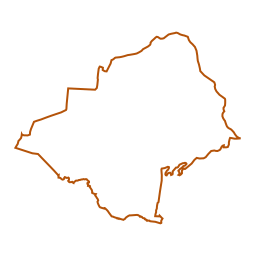 outline of Ramna, Caras-Severin, Romania
{"feature_id": "2599482B15960202705126", "entity_name": "Ramna", "entity_type": "district", "adm_level": 2, "iso_a3": "ROU", "parent_name": "Romania", "parent_adm1": "Caras-Severin", "projection": "robinson", "projection_center": [21.717, 45.465], "detail": "fine", "context": "isolated", "style": "outline", "palette": "amber", "viewbox_px": 256, "rotation_deg": 0, "n_neighbors": 0, "source": "geoboundaries", "source_scale": "gbopen_adm2", "svg_char_len": 5525}
<svg xmlns="http://www.w3.org/2000/svg" viewBox="0 0 256 256"><path d="M240.6,138.4L238.8,137.9L236.8,136.6L236.0,135.6L235.2,134.6L234.5,133.5L233.9,132.4L232.0,130.3L230.9,129.3L228.4,128.0L227.0,126.5L226.4,125.1L225.9,123.7L225.4,122.3L225.0,120.9L224.1,119.8L223.8,119.2L223.4,118.7L223.1,118.1L222.9,117.5L222.6,116.8L222.4,116.2L222.5,114.0L222.7,113.6L223.0,112.9L223.4,112.4L223.8,111.8L224.3,111.3L223.6,109.6L223.5,107.9L225.0,105.5L225.1,104.2L225.2,102.9L225.2,101.6L225.2,100.3L225.2,99.8L224.9,98.7L219.5,94.8L216.5,91.4L215.2,88.9L214.7,86.4L214.9,85.9L215.0,85.4L215.1,84.9L215.0,84.4L214.3,82.3L204.3,75.4L200.3,71.1L200.1,69.8L199.9,68.5L199.6,67.2L199.3,65.9L199.0,64.6L198.6,63.3L198.2,62.1L197.8,60.8L197.5,58.2L197.3,55.7L196.9,53.2L196.5,50.7L194.9,46.9L193.8,45.7L192.7,44.4L191.5,43.3L190.3,42.2L188.9,40.1L187.8,36.8L184.3,35.5L182.8,35.2L182.1,35.0L181.4,34.8L180.5,34.5L179.6,34.1L178.8,33.6L177.9,33.1L177.6,33.0L177.3,32.9L176.9,32.8L176.5,32.7L176.1,32.7L175.9,32.7L175.1,33.0L171.1,33.8L168.6,34.5L163.7,38.3L161.9,38.7L160.4,38.7L157.8,37.0L156.6,36.8L155.4,37.7L154.5,38.6L153.6,39.4L152.7,40.2L151.8,41.0L150.6,42.6L150.6,43.2L150.5,43.8L150.3,44.4L150.0,44.9L148.0,46.5L143.0,49.2L141.5,50.9L138.9,52.4L136.7,53.5L134.5,54.0L132.2,54.4L129.9,54.8L127.7,55.1L126.1,55.6L124.5,56.1L123.0,56.5L121.3,56.9L119.7,57.2L115.6,57.6L115.4,57.7L114.9,57.9L114.5,58.3L114.0,58.7L113.5,59.1L113.1,59.4L112.6,59.7L112.1,59.9L111.5,60.1L110.6,63.6L109.8,65.1L106.6,71.4L104.7,71.2L102.7,70.0L102.9,67.7L100.5,66.7L99.7,66.6L98.7,68.7L98.0,74.1L97.6,78.1L97.9,79.6L97.3,85.2L96.8,88.0L95.1,89.7L68.2,88.4L67.7,93.6L67.2,98.7L66.7,103.8L66.4,109.0L66.0,110.0L61.1,112.4L56.0,114.1L51.0,115.8L46.0,117.6L41.0,119.5L36.8,120.8L34.0,121.8L31.0,129.0L30.1,131.9L29.9,134.6L27.7,135.4L23.9,135.3L21.9,134.6L21.8,134.4L21.6,136.0L21.0,138.1L19.5,139.9L18.5,140.9L17.7,144.0L16.9,145.2L15.4,147.8L32.4,153.3L38.0,154.0L50.0,166.4L54.1,170.7L58.0,175.0L58.1,175.3L58.7,175.0L58.5,177.6L60.3,177.9L61.7,179.2L62.5,179.6L63.5,179.4L64.0,178.9L64.3,178.3L64.2,177.9L64.8,177.1L65.5,177.3L66.0,177.6L66.5,177.9L68.0,177.8L68.3,177.6L68.9,178.1L69.0,179.0L68.9,180.1L68.2,180.9L68.9,181.8L69.5,182.2L71.4,182.1L72.2,181.8L73.0,182.4L73.3,183.0L73.6,183.1L73.8,182.4L75.0,181.4L76.0,180.6L77.7,180.6L78.9,180.0L80.2,179.9L81.2,179.5L82.6,179.4L83.1,179.2L83.6,179.1L84.7,179.4L86.0,179.1L86.8,179.4L87.5,180.3L89.0,181.5L89.0,182.4L88.3,182.6L87.5,183.0L87.4,183.8L88.0,184.3L88.1,185.1L88.0,185.8L89.1,185.7L89.8,185.9L90.0,186.2L89.6,186.8L90.8,188.5L91.8,190.0L91.9,190.6L92.2,191.5L92.1,192.8L93.8,193.7L95.5,194.1L95.8,194.1L95.6,194.5L95.2,195.5L95.9,196.3L96.7,197.7L97.7,199.1L98.2,200.4L97.5,201.7L97.8,203.0L98.4,204.5L98.8,205.3L99.5,206.7L100.1,207.3L101.6,207.8L102.1,208.0L102.9,208.2L103.9,208.5L103.9,208.2L104.3,208.0L104.5,208.0L105.1,208.3L105.4,208.6L105.8,209.0L106.9,210.0L107.1,210.3L107.8,211.0L109.0,212.8L111.6,216.3L111.8,216.3L112.2,216.5L112.9,216.6L114.5,217.3L115.8,217.7L116.0,217.8L116.3,217.9L116.6,218.0L116.9,217.9L117.0,217.9L117.1,218.0L117.3,218.5L117.5,218.5L117.6,218.4L117.9,218.4L118.1,218.5L118.3,218.6L118.3,218.4L118.5,218.3L118.8,218.4L118.9,218.5L119.4,218.6L119.6,218.6L119.8,218.7L119.8,218.8L123.4,219.8L123.6,219.6L123.9,219.4L124.3,219.3L124.5,219.2L125.1,218.7L125.3,218.4L125.5,218.1L125.8,217.7L126.6,217.1L127.3,216.6L127.8,216.3L128.2,216.0L128.4,215.9L129.0,215.6L129.7,215.4L129.9,215.3L130.5,215.4L137.1,214.9L137.6,215.1L138.1,215.1L138.5,215.3L138.7,215.5L139.4,215.9L139.6,216.1L139.8,216.5L140.0,216.7L140.3,216.4L140.6,216.3L141.1,216.7L141.4,216.9L141.5,216.9L141.8,216.9L142.0,217.0L142.3,217.5L142.5,217.7L142.9,218.0L143.1,218.1L143.5,218.2L144.1,218.2L144.5,218.3L144.7,218.8L144.9,218.8L145.0,218.9L145.0,219.2L145.0,219.3L145.3,219.4L145.5,219.3L145.9,219.5L146.4,219.8L146.4,220.3L146.6,220.5L146.9,220.7L147.1,220.5L147.4,220.4L147.5,220.5L147.9,220.6L148.0,220.7L148.6,220.6L149.4,220.6L149.6,220.7L149.7,220.8L149.7,221.0L149.8,221.1L150.0,221.2L150.6,221.3L155.3,221.8L159.6,223.1L160.1,223.2L160.3,223.3L160.6,223.2L161.2,223.0L161.3,222.9L161.3,222.7L161.3,222.1L161.2,221.5L161.2,221.0L161.4,220.4L161.5,220.2L162.0,219.5L162.5,218.5L162.2,218.3L161.5,217.6L160.2,216.2L159.6,215.6L159.4,216.4L155.2,216.2L155.3,215.4L155.5,214.1L155.6,213.8L156.0,212.5L156.1,212.3L156.1,211.9L156.1,210.4L156.2,210.1L156.3,209.8L156.8,208.6L157.0,205.9L157.1,205.6L157.2,205.0L157.2,204.8L157.3,204.3L157.5,203.5L157.5,203.1L158.5,202.1L160.0,191.3L161.7,180.6L161.8,175.2L161.5,171.5L161.4,169.5L161.7,168.6L164.7,168.1L167.8,166.8L168.8,167.0L169.0,167.9L168.0,169.8L167.0,170.6L165.5,173.1L165.4,174.4L165.8,175.2L166.6,175.4L167.9,173.4L169.0,172.8L170.4,172.8L171.1,175.0L172.5,174.4L172.7,173.5L172.7,171.4L176.0,167.6L177.3,167.5L178.1,167.0L179.5,164.7L182.8,163.2L183.9,163.1L185.0,162.8L186.1,163.2L186.5,163.9L185.1,165.5L183.4,166.1L181.8,167.8L179.9,169.1L178.4,170.8L179.6,173.0L179.0,174.4L178.5,174.9L179.6,175.3L181.0,174.4L182.0,173.2L181.9,172.0L181.9,171.3L182.0,170.5L183.3,168.8L184.0,168.5L184.3,168.8L184.7,169.0L185.2,168.9L187.9,166.7L191.7,163.5L194.4,159.9L196.7,157.9L199.5,158.5L203.6,158.3L205.7,157.2L208.3,154.0L211.2,151.0L214.3,150.5L215.8,150.9L217.4,151.0L218.9,150.4L220.2,149.6L221.8,146.5L222.9,145.6L223.8,145.3L223.7,147.3L226.4,147.3L227.8,147.0L228.9,144.5L228.9,142.3L229.2,140.9L229.6,139.2L230.1,137.9L231.7,138.1L234.6,138.7L236.2,138.7L240.6,138.4Z" fill="none" stroke="#b45309" stroke-width="2"/></svg>